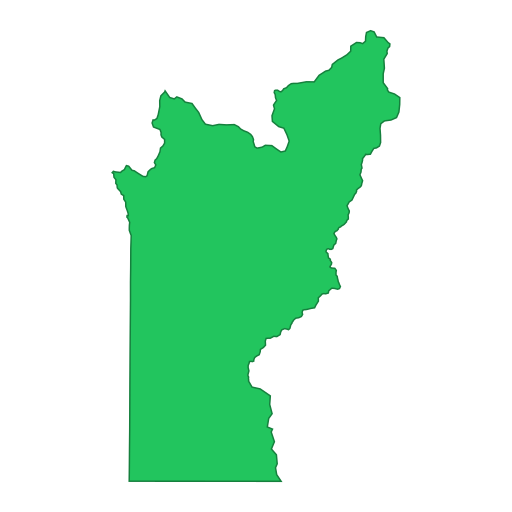 Trinity, California, United States of America
{"feature_id": "52423323B42866910888908", "entity_name": "Trinity", "entity_type": "district", "adm_level": 2, "iso_a3": "USA", "parent_name": "United States of America", "parent_adm1": "California", "projection": "orthographic", "projection_center": [-122.97, 40.671], "detail": "fine", "context": "isolated", "style": "filled", "palette": "green", "viewbox_px": 512, "rotation_deg": 0, "n_neighbors": 0, "source": "geoboundaries", "source_scale": "gbopen_adm2", "svg_char_len": 4524}
<svg xmlns="http://www.w3.org/2000/svg" viewBox="0 0 512 512"><path d="M248.5,381.0L248.7,380.6L248.6,379.5L248.4,378.0L248.6,377.3L248.5,376.9L248.4,376.5L248.0,376.0L247.9,374.8L248.9,370.9L248.1,367.4L248.2,365.3L249.0,363.5L249.5,361.5L251.5,361.4L252.5,361.6L253.8,361.0L253.7,360.0L254.7,357.5L256.7,356.0L259.2,354.7L260.2,351.7L260.4,349.4L263.4,347.5L265.5,345.2L265.3,341.1L266.1,338.4L268.2,338.2L270.3,338.2L273.8,336.3L276.8,336.6L280.1,334.6L280.7,331.9L281.8,329.8L284.7,328.6L287.4,329.2L288.4,329.7L289.3,329.0L289.9,328.3L290.8,324.8L292.0,323.1L292.0,322.5L292.4,321.9L292.8,321.6L293.4,320.3L295.7,318.2L298.8,317.7L301.4,316.5L302.6,314.4L302.1,312.5L302.7,310.3L304.1,309.7L305.8,309.6L307.4,309.3L310.9,308.4L314.6,307.8L315.8,305.3L318.4,301.1L318.3,297.8L320.5,295.8L322.1,294.0L323.7,293.6L325.7,293.8L328.3,293.0L328.8,290.7L331.8,288.2L334.4,288.4L337.7,289.2L339.5,288.5L340.4,286.5L339.6,285.0L338.7,282.5L338.2,281.6L338.0,280.2L337.5,278.3L337.2,276.3L336.0,275.0L336.0,272.3L336.3,270.4L334.8,268.3L332.6,268.1L331.3,268.0L329.9,266.9L330.4,265.8L331.4,264.3L331.7,262.6L331.2,261.8L330.2,260.4L330.4,259.9L330.0,258.9L329.6,258.6L328.5,258.0L328.3,257.0L328.2,256.2L328.1,255.7L328.0,255.0L327.9,253.6L326.4,252.3L325.9,251.3L326.6,249.5L327.4,248.9L328.6,248.7L329.6,249.3L331.5,249.3L332.8,248.6L333.2,247.1L333.9,245.0L335.7,243.4L336.3,240.4L336.9,238.9L336.3,237.4L334.9,235.4L333.9,233.4L335.3,231.4L336.8,230.8L338.3,229.1L338.3,228.5L339.1,227.4L340.6,226.9L341.5,225.9L342.6,225.4L344.2,224.3L346.5,221.8L346.5,221.1L347.0,220.2L348.3,219.0L348.3,217.2L348.1,214.9L349.1,212.8L349.3,211.0L348.0,208.4L347.0,205.6L347.9,204.3L349.2,201.9L351.9,200.1L353.5,196.8L354.6,194.4L355.8,193.2L356.6,191.2L356.5,190.0L358.1,188.5L360.1,187.1L361.1,186.0L361.5,185.1L361.8,183.4L362.6,180.7L361.7,178.8L359.9,174.8L361.0,172.0L361.2,169.3L362.0,168.1L361.6,165.9L361.3,164.7L362.1,162.2L362.6,160.0L362.5,158.5L363.0,158.1L364.1,156.6L365.3,155.0L365.9,154.2L366.6,154.6L370.4,154.2L371.9,151.4L373.8,148.4L376.5,147.9L379.4,146.1L380.6,142.5L380.5,135.2L380.0,128.3L380.8,123.7L384.5,120.9L391.0,120.0L396.5,117.6L398.9,112.0L399.7,104.5L399.8,97.6L394.5,94.0L388.8,92.1L387.4,90.0L387.6,88.6L383.2,82.7L383.2,73.8L384.4,68.2L383.8,59.2L387.2,53.6L386.9,51.1L388.0,48.0L389.6,46.6L389.9,43.9L388.0,42.5L383.9,37.7L376.7,37.0L374.1,31.9L370.6,30.7L366.5,32.5L365.7,36.7L365.5,41.2L362.7,43.6L359.9,42.7L356.5,42.5L350.8,46.2L350.7,51.2L346.9,54.8L341.4,58.2L338.0,59.9L332.3,64.4L331.7,67.4L328.9,70.3L325.6,71.1L319.1,75.3L314.2,81.9L306.3,81.8L297.5,83.4L293.6,83.4L291.2,83.7L288.4,85.6L286.5,87.7L283.7,88.8L282.6,90.5L280.9,91.9L279.2,91.3L277.6,90.2L275.7,90.2L274.6,90.6L274.2,92.6L275.2,94.5L275.5,97.7L276.6,100.5L274.7,103.2L273.5,105.1L274.5,108.8L272.0,115.7L272.4,121.4L278.7,126.6L283.9,128.2L287.0,134.8L289.2,141.1L287.2,146.8L285.3,151.0L280.9,152.0L277.3,149.6L271.8,145.6L265.3,145.3L262.3,147.1L258.0,148.0L257.0,148.1L254.8,146.8L254.1,144.4L253.2,141.6L253.5,139.6L252.4,136.6L250.7,134.4L247.7,132.3L243.6,130.7L240.6,129.0L238.4,126.7L234.3,124.6L226.4,124.9L219.0,124.4L212.6,125.7L205.4,124.2L201.9,119.6L198.7,112.5L195.3,108.1L192.0,103.5L185.1,102.1L182.0,98.9L176.8,96.9L174.3,98.9L169.7,97.5L166.5,92.9L165.1,90.9L164.7,92.0L160.9,95.8L159.7,100.6L159.8,106.7L158.2,114.7L156.9,118.5L154.2,120.2L153.1,119.9L152.1,123.0L153.5,127.0L160.0,129.5L161.1,132.6L161.0,134.8L161.4,135.9L161.8,137.0L164.6,139.4L164.6,143.1L162.9,146.0L160.5,148.1L160.0,151.7L158.2,155.9L156.6,158.8L155.1,160.1L154.4,162.6L155.8,164.9L154.6,167.7L151.9,168.5L150.5,169.4L148.1,171.7L147.1,175.7L145.7,176.7L143.0,176.4L137.4,172.9L134.3,170.8L132.0,170.3L128.7,166.2L126.4,165.6L125.3,167.7L124.4,169.6L121.5,171.4L120.6,172.5L115.3,171.9L113.4,171.3L112.2,172.7L113.7,173.7L114.0,177.3L115.9,179.7L115.8,183.4L117.0,184.9L117.3,187.9L118.0,188.8L120.6,191.6L121.3,194.1L123.7,195.6L123.8,199.2L125.7,202.1L125.8,206.6L127.3,210.7L128.1,213.1L128.3,215.7L127.1,215.6L126.9,217.1L127.7,217.9L129.7,222.3L129.4,225.1L129.3,228.0L129.3,230.3L130.4,233.4L131.2,235.5L130.8,248.5L130.7,267.3L130.5,281.8L130.5,299.8L130.3,325.4L130.1,352.1L129.9,386.1L129.8,409.8L129.7,430.3L129.5,449.0L129.4,462.6L129.3,473.1L129.2,481.2L281.1,481.3L276.7,474.7L275.5,467.7L277.2,463.8L276.4,454.8L271.4,449.0L274.4,441.7L271.2,432.0L272.5,429.1L267.3,427.0L268.7,418.4L272.1,413.7L269.7,404.5L270.3,395.9L260.1,388.9L252.0,387.1L248.5,381.0Z" fill="#22c55e" stroke="#15803d" stroke-width="1.5"/></svg>